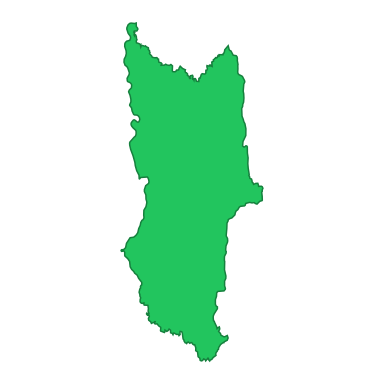 the district of El Bagre, Antioquia, Colombia
{"feature_id": "7082276B39808247222267", "entity_name": "El Bagre", "entity_type": "district", "adm_level": 2, "iso_a3": "COL", "parent_name": "Colombia", "parent_adm1": "Antioquia", "projection": "equal_earth", "projection_center": [-74.693, 7.698], "detail": "fine", "context": "isolated", "style": "filled", "palette": "green", "viewbox_px": 384, "rotation_deg": 0, "n_neighbors": 0, "source": "geoboundaries", "source_scale": "gbopen_adm2", "svg_char_len": 5944}
<svg xmlns="http://www.w3.org/2000/svg" viewBox="0 0 384 384"><path d="M228.1,338.0L227.3,335.5L224.6,336.8L223.7,336.7L220.9,335.1L220.5,333.5L218.6,331.4L219.6,329.5L219.7,328.3L219.3,326.9L218.1,327.6L217.1,328.6L216.9,327.3L214.5,322.2L214.3,321.3L213.5,320.7L213.2,317.7L213.3,316.0L214.2,313.8L217.4,308.7L217.4,306.8L216.2,306.1L215.4,304.2L215.4,299.6L216.5,296.3L216.7,292.7L217.9,291.4L224.0,290.9L225.3,289.3L225.4,288.5L224.6,285.8L224.6,281.0L225.8,278.5L225.9,276.0L224.5,269.8L224.7,261.2L224.4,260.8L224.4,258.2L224.5,256.3L226.1,253.1L226.2,251.4L225.7,250.7L225.7,249.1L226.0,245.9L227.5,242.2L227.7,240.8L227.5,238.4L226.3,236.2L226.2,235.3L226.8,228.6L227.0,223.1L228.1,220.9L228.2,219.7L229.6,218.7L231.9,217.9L234.9,214.9L235.3,212.8L236.1,211.0L237.8,209.7L239.2,207.2L240.5,206.3L244.4,205.9L245.1,205.4L245.8,203.4L249.6,202.4L252.0,202.9L254.3,202.6L255.2,203.5L257.0,204.1L259.8,201.3L262.1,200.6L262.3,200.2L262.2,196.5L261.7,192.2L262.2,191.5L262.3,189.6L262.9,188.5L262.7,187.7L262.2,186.7L261.3,186.2L258.6,186.4L258.6,185.7L257.8,183.3L255.7,183.4L253.6,184.4L252.9,182.7L252.1,182.0L252.0,180.6L251.5,179.0L249.9,178.4L249.5,176.3L248.9,175.7L249.2,174.6L248.2,168.2L247.8,163.5L248.1,157.9L247.4,153.1L247.3,146.8L246.8,146.0L245.9,145.8L244.6,146.9L243.9,147.0L242.6,146.0L243.0,141.5L245.8,135.6L245.9,128.7L244.9,123.7L243.8,121.6L243.3,119.5L242.0,116.1L241.7,108.4L242.6,106.6L242.8,104.2L243.6,102.2L243.9,98.0L243.7,93.7L243.2,91.2L243.8,84.0L244.8,81.9L244.5,80.5L242.4,76.4L240.3,75.2L239.4,75.0L238.0,73.6L237.7,72.0L237.9,68.8L237.8,65.6L238.0,64.5L237.3,60.6L237.4,58.6L237.1,56.9L236.2,55.7L233.2,55.2L231.0,51.0L229.9,50.5L229.2,49.7L228.2,45.7L224.8,49.7L224.3,52.2L223.7,53.3L223.2,53.6L223.1,54.7L219.1,54.7L219.3,55.3L219.0,56.2L217.9,55.7L217.4,57.5L215.7,57.6L215.8,58.2L214.8,58.5L214.2,59.3L213.4,59.7L213.5,61.2L212.1,61.7L212.1,62.6L211.8,62.6L212.2,66.5L210.9,66.0L211.4,65.3L211.2,65.0L209.6,65.1L209.6,65.9L209.1,66.1L207.0,65.6L206.9,66.9L207.4,68.6L207.1,69.7L206.5,70.3L205.9,70.3L205.8,73.1L204.8,74.1L202.2,73.7L201.3,74.5L200.1,78.1L199.4,78.0L198.9,78.5L198.8,81.5L196.4,81.3L195.9,79.4L195.3,78.6L194.3,78.6L194.0,80.1L193.6,79.0L193.2,79.5L192.7,79.3L192.5,78.5L193.0,76.4L192.5,75.3L190.6,75.7L189.9,77.5L190.4,78.3L190.0,78.6L189.5,78.1L189.0,76.3L187.4,75.4L187.6,74.1L186.5,72.8L185.5,72.5L185.0,70.9L185.4,69.8L182.6,68.5L180.2,66.2L179.2,67.9L178.6,69.9L176.5,70.1L175.9,71.3L175.0,71.8L172.9,71.7L172.3,70.8L172.5,65.9L170.9,64.5L169.4,65.4L167.0,65.0L165.7,64.2L164.1,65.3L163.1,65.1L161.0,65.4L160.9,65.2L161.7,64.5L161.9,63.7L161.2,62.9L158.8,62.1L158.5,59.1L157.7,59.0L157.4,58.2L156.8,57.6L154.9,57.8L152.3,57.3L151.7,56.0L149.5,53.6L150.0,52.5L149.6,51.9L149.5,50.6L148.2,49.4L148.5,48.2L148.3,47.7L146.4,46.8L145.5,45.9L145.1,46.3L142.4,45.5L141.4,45.7L140.8,47.1L140.5,45.7L140.8,44.5L140.3,44.7L140.1,44.2L138.7,43.5L136.5,42.8L136.2,41.3L136.5,40.2L137.0,39.8L136.5,38.6L136.3,36.3L135.6,34.8L134.6,34.5L134.5,35.7L134.0,34.9L134.8,32.4L134.4,32.0L134.0,32.6L133.8,32.2L134.3,31.0L136.8,31.0L137.8,29.4L137.7,28.3L136.3,26.5L136.2,23.0L134.7,23.5L131.1,23.1L129.7,23.4L128.1,24.8L126.9,27.7L126.8,29.1L128.2,33.4L130.3,36.2L130.6,38.0L129.8,40.3L126.6,41.2L125.3,42.6L124.8,43.9L124.7,46.5L126.1,50.7L126.3,53.5L125.6,56.4L124.2,59.1L124.0,62.2L125.1,65.3L126.8,66.5L127.8,68.1L129.3,72.6L129.2,74.3L127.1,78.3L127.3,80.9L127.7,81.6L130.0,82.6L131.1,83.6L131.7,85.1L131.4,87.9L129.2,90.2L128.6,91.8L130.1,95.5L130.9,99.4L130.9,101.9L129.7,104.7L129.7,105.5L131.5,107.8L132.1,111.0L133.6,114.3L134.4,114.9L137.0,115.1L138.3,115.9L139.4,117.5L139.8,119.4L139.0,121.6L138.2,122.2L137.4,122.1L134.6,119.9L133.4,120.0L131.7,122.1L131.1,123.2L131.1,124.8L131.7,126.1L132.9,127.7L135.7,130.3L136.1,131.5L136.1,134.3L135.3,136.3L134.2,137.1L130.0,141.9L129.6,143.0L129.7,145.1L130.7,149.5L133.0,155.6L134.9,162.4L135.3,165.7L136.7,170.7L139.0,175.2L139.2,178.7L139.6,178.9L140.7,177.5L147.3,177.0L147.7,177.3L148.6,179.5L149.0,181.7L148.6,183.4L145.7,185.7L144.4,189.6L144.4,191.5L145.9,195.0L146.0,199.1L146.7,201.5L146.8,202.7L146.0,206.6L143.9,210.2L143.7,215.3L144.0,217.2L143.7,218.6L142.8,219.9L142.0,220.3L140.8,222.4L140.2,225.4L138.7,228.6L137.8,232.6L137.2,233.6L135.9,235.4L133.7,237.2L130.1,237.7L126.5,243.3L125.6,247.7L123.6,249.6L121.7,249.7L121.1,250.3L121.2,250.9L121.7,251.4L123.7,251.0L124.3,251.4L124.7,252.4L124.7,255.2L125.0,256.2L127.7,258.6L129.6,261.4L130.2,266.8L131.6,269.4L133.8,271.5L134.6,273.1L137.2,275.2L138.6,278.3L141.7,282.3L141.8,283.7L141.6,285.1L141.0,285.4L140.5,286.3L140.5,288.3L139.8,289.0L139.1,292.2L139.9,294.8L139.9,296.0L140.7,297.9L140.2,299.3L140.1,301.6L140.5,302.5L141.4,303.2L142.6,303.4L143.9,302.9L143.9,304.3L144.2,305.1L147.9,305.3L148.4,308.5L148.1,311.1L149.0,313.7L148.7,314.3L148.1,314.5L146.9,313.1L146.5,313.9L147.5,315.3L148.6,315.4L149.3,315.9L149.3,316.6L148.4,318.3L148.7,320.2L150.7,321.8L151.4,323.4L152.8,322.7L153.9,322.6L154.6,321.7L155.1,321.7L154.6,323.0L154.7,323.7L155.7,324.0L157.0,323.8L158.7,325.9L160.6,327.2L160.8,327.8L160.5,330.6L160.7,331.1L164.4,332.5L164.9,331.8L165.0,330.1L166.8,331.4L168.1,330.6L169.1,329.1L170.5,330.2L170.6,332.8L172.3,333.4L173.0,334.7L173.6,333.1L174.2,333.1L176.5,334.4L178.5,334.4L179.0,335.6L180.1,334.5L179.9,332.5L180.1,331.4L181.7,331.7L182.3,333.0L183.1,339.0L183.8,339.8L184.2,341.3L185.3,342.9L186.2,342.9L186.7,343.5L187.3,342.5L188.3,342.0L189.8,343.3L190.7,342.7L191.7,342.6L192.9,344.3L193.9,344.9L194.7,344.7L195.8,347.9L195.7,350.7L197.5,351.8L198.1,356.7L199.8,358.2L200.2,360.4L201.3,360.9L202.6,360.5L203.7,358.9L205.1,359.6L205.7,360.9L208.0,358.1L208.4,358.4L208.5,359.6L209.7,361.0L210.2,360.1L211.8,359.4L213.2,357.5L216.0,355.4L215.7,354.0L216.2,352.4L217.3,351.1L217.7,349.8L218.5,349.3L218.6,347.7L220.5,344.6L222.8,342.8L223.9,342.7L224.2,341.8L227.2,340.3L228.1,338.0Z" fill="#22c55e" stroke="#15803d" stroke-width="1.5"/></svg>